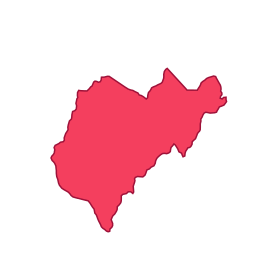 the district of Matão, São Paulo, Brazil, rotated 128°
{"feature_id": "56859067B9094864548247", "entity_name": "Matão", "entity_type": "district", "adm_level": 2, "iso_a3": "BRA", "parent_name": "Brazil", "parent_adm1": "São Paulo", "projection": "robinson", "projection_center": [-48.44, -21.618], "detail": "fine", "context": "isolated", "style": "filled", "palette": "rose", "viewbox_px": 256, "rotation_deg": 128, "n_neighbors": 0, "source": "geoboundaries", "source_scale": "gbopen_adm2", "svg_char_len": 2884}
<svg xmlns="http://www.w3.org/2000/svg" viewBox="0 0 256 256"><g transform="rotate(128 128 128)"><path d="M222.5,81.6L222.0,79.8L220.7,78.8L218.7,80.0L216.3,79.6L214.4,80.0L212.6,81.4L210.6,84.8L208.4,85.5L206.3,85.9L204.2,85.5L202.0,85.7L200.1,86.0L198.7,86.5L196.6,88.0L193.9,87.6L191.3,87.7L189.7,88.4L187.9,89.7L185.5,91.6L183.4,91.2L180.7,88.9L178.1,88.5L176.6,86.6L176.6,83.9L175.0,84.1L173.1,85.8L170.7,88.0L166.5,89.5L165.1,90.2L164.0,91.6L162.4,91.8L160.3,90.6L159.3,89.0L157.4,86.2L154.8,85.6L152.8,86.1L149.4,87.3L147.0,85.9L144.7,85.7L141.8,84.3L139.1,84.8L136.8,86.0L134.3,86.6L132.5,86.5L130.7,86.2L128.5,85.7L126.8,85.0L125.4,83.5L124.4,81.7L122.5,80.5L120.6,80.1L119.1,81.0L116.9,82.1L114.3,81.9L112.3,82.0L112.3,80.3L113.1,77.9L113.8,76.0L115.4,73.2L114.9,70.3L116.0,68.5L116.8,66.9L115.1,66.0L112.9,67.4L110.9,68.2L108.4,68.4L106.7,68.6L105.3,67.4L103.8,67.1L101.4,67.5L99.4,68.9L97.4,68.7L94.9,68.2L91.5,69.2L89.8,69.8L88.1,69.9L86.5,69.7L85.0,70.0L82.9,71.5L80.2,73.6L77.8,74.7L76.1,76.1L73.9,76.3L71.5,77.0L69.4,77.2L67.7,76.4L66.6,74.4L65.7,72.5L63.9,70.5L62.5,69.0L61.0,68.0L59.5,68.4L57.5,68.6L55.1,69.0L53.4,67.9L50.9,66.5L48.8,66.5L46.5,66.6L45.2,68.3L43.4,69.7L45.1,71.5L47.1,71.7L47.8,73.7L45.9,74.6L44.0,74.5L42.6,75.6L41.9,77.7L40.1,78.6L38.6,80.0L37.4,81.6L36.6,83.6L35.9,85.3L35.0,87.4L34.3,89.1L33.5,90.6L34.3,92.5L36.3,93.9L38.7,95.6L40.7,96.6L42.4,96.8L44.1,97.3L45.5,97.8L47.6,98.1L49.5,97.4L51.3,97.1L53.1,97.0L55.6,96.7L61.8,104.8L61.4,106.7L56.9,133.8L58.5,134.3L61.0,134.2L63.8,132.8L65.2,131.6L66.9,130.5L70.8,129.2L72.3,129.4L73.8,130.1L75.6,131.1L77.6,131.9L80.1,133.4L81.9,134.1L83.4,133.7L85.0,133.5L87.4,133.7L89.9,132.6L92.1,131.2L93.9,131.5L93.9,134.9L94.2,137.5L95.1,139.5L94.3,141.7L95.0,144.7L95.4,147.3L96.4,149.3L97.2,151.8L97.6,155.6L98.9,174.6L99.9,176.0L102.6,178.1L104.3,180.2L106.9,178.6L108.7,178.4L110.2,179.5L110.5,181.2L111.4,182.9L112.9,183.3L115.1,182.7L117.0,182.2L118.6,182.7L120.9,182.7L124.0,183.1L125.6,185.2L127.9,188.5L128.7,190.0L131.1,189.6L133.5,187.9L135.0,186.3L136.6,186.2L138.3,185.3L140.6,184.2L142.2,182.1L145.0,180.4L147.1,180.6L149.1,181.8L152.0,180.4L153.9,179.1L155.7,178.1L158.5,178.5L162.3,177.0L164.4,175.9L166.2,174.2L168.3,173.9L170.7,173.7L173.1,172.9L175.1,172.2L176.9,170.6L178.7,170.6L180.8,172.5L182.5,172.8L184.5,173.7L186.5,174.7L188.9,174.2L190.2,172.3L191.6,171.6L193.1,170.7L194.9,170.5L197.2,170.7L199.0,170.2L200.3,167.8L200.5,165.7L201.0,164.0L202.3,161.5L204.2,159.7L205.5,158.4L207.9,156.5L210.2,154.2L211.7,151.7L214.1,148.9L215.3,146.8L216.2,143.1L216.0,140.5L215.5,137.2L215.3,135.4L215.6,133.4L216.2,131.3L216.2,128.9L215.1,126.2L209.9,114.5L210.7,111.3L211.4,109.5L212.2,107.2L212.8,104.8L215.5,101.7L215.9,99.7L216.9,97.9L218.2,95.9L219.4,93.7L220.2,91.9L221.1,90.0L222.2,88.2L222.5,86.0L222.3,83.8L222.5,81.6Z" fill="#f43f5e" stroke="#9f1239" stroke-width="1.5"/></g></svg>